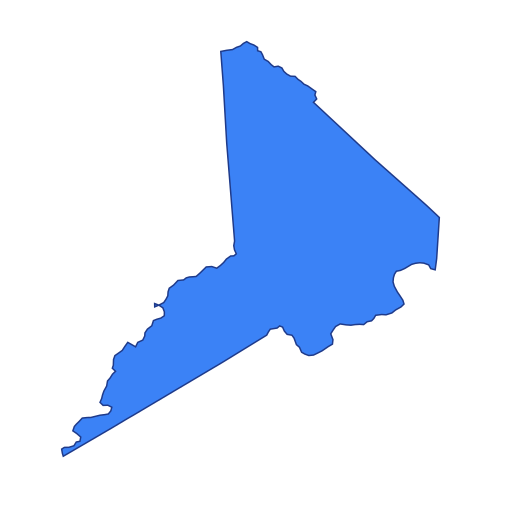 Nina Rodrigues, Maranhão, Brazil, rotated 94°
{"feature_id": "56859067B57763706087403", "entity_name": "Nina Rodrigues", "entity_type": "district", "adm_level": 2, "iso_a3": "BRA", "parent_name": "Brazil", "parent_adm1": "Maranhão", "projection": "mercator", "projection_center": [-43.774, -3.457], "detail": "fine", "context": "isolated", "style": "filled", "palette": "blue", "viewbox_px": 512, "rotation_deg": 94, "n_neighbors": 0, "source": "geoboundaries", "source_scale": "gbopen_adm2", "svg_char_len": 2372}
<svg xmlns="http://www.w3.org/2000/svg" viewBox="0 0 512 512"><g transform="rotate(94 256 256)"><path d="M204.8,75.8L193.9,89.1L151.6,144.1L98.7,209.4L95.1,206.4L91.3,208.5L87.9,207.8L85.6,211.6L82.7,216.3L81.3,220.1L78.6,223.4L76.8,226.5L74.1,229.5L74.2,234.1L72.3,238.1L69.9,241.1L66.6,243.3L65.1,247.1L66.1,251.2L64.0,254.3L61.1,257.4L59.1,261.5L54.7,263.6L51.9,265.4L51.1,268.7L47.8,269.0L45.7,272.8L44.5,276.8L42.8,280.2L44.8,283.4L47.6,286.2L49.2,290.0L51.7,293.8L52.9,299.8L54.4,305.4L88.5,300.4L145.4,293.1L242.6,278.4L247.2,278.9L251.3,277.9L255.2,275.8L257.4,278.1L257.8,281.3L261.1,285.3L264.7,287.8L268.0,290.9L270.9,294.3L269.6,299.4L270.4,304.9L276.6,310.4L280.6,314.3L281.1,317.5L281.6,321.1L282.7,324.1L284.9,326.5L285.9,332.2L290.8,336.2L294.2,340.3L297.8,341.2L301.9,341.2L305.5,342.8L308.9,344.8L311.8,349.5L314.2,345.3L318.1,343.5L322.0,343.3L324.6,346.6L326.0,350.5L327.6,353.8L332.9,355.1L336.5,359.2L340.4,361.4L343.6,361.4L347.8,363.1L350.4,367.9L355.0,369.8L353.1,373.7L351.1,377.9L355.5,380.6L359.5,382.8L363.3,387.4L365.2,389.8L369.2,390.9L375.0,390.7L378.0,391.5L380.8,388.1L383.9,390.9L388.0,393.1L391.0,395.4L396.1,395.9L401.3,398.3L405.3,399.4L408.9,400.0L412.9,401.4L415.7,398.1L415.2,393.4L416.9,389.3L420.6,390.0L423.9,392.3L424.8,395.8L425.7,400.5L427.4,405.8L428.6,409.5L428.9,413.0L429.8,418.0L433.4,420.9L436.2,423.4L438.7,425.3L443.2,426.5L445.7,422.3L448.8,418.2L453.1,418.7L454.1,422.3L458.0,424.4L459.9,429.3L460.3,433.8L462.2,436.4L466.3,435.4L469.2,434.3L437.4,387.6L427.0,372.7L423.3,367.2L394.7,325.9L364.5,282.2L334.2,239.8L331.0,238.4L328.0,236.7L326.4,229.9L324.1,227.5L325.1,224.5L328.9,222.5L332.0,219.5L332.5,214.6L335.3,212.3L341.6,209.5L344.0,206.3L348.8,203.8L350.4,200.5L351.6,196.4L350.8,191.7L348.4,187.5L346.0,183.5L341.4,177.7L338.6,173.6L334.1,173.4L328.4,176.0L324.3,173.8L320.8,171.7L317.9,167.3L318.4,161.3L318.4,156.5L317.5,152.4L316.9,147.8L316.9,143.8L313.8,140.5L312.6,136.2L310.1,134.1L306.8,132.5L305.6,126.5L305.6,122.2L303.3,116.4L300.1,113.0L296.7,107.8L293.6,105.0L289.9,106.4L285.8,109.5L282.0,112.5L276.6,115.9L272.3,117.5L268.1,117.4L264.5,116.6L261.4,114.9L260.3,110.9L258.1,106.8L253.5,100.2L252.1,96.3L251.3,92.1L251.4,88.1L252.8,83.1L256.4,80.8L257.3,76.3L246.2,75.6L204.8,75.8ZM311.8,349.5L310.5,353.8L313.8,353.5L311.8,349.5Z" fill="#3b82f6" stroke="#1e3a8a" stroke-width="1.5"/></g></svg>